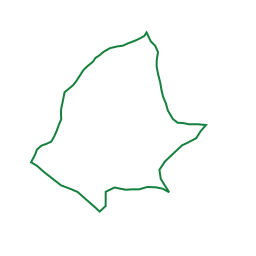 Knodara, Cyprus, rotated 218°
{"feature_id": "46923920B61069170158691", "entity_name": "Knodara", "entity_type": "district", "adm_level": 2, "iso_a3": "CYP", "parent_name": "Cyprus", "parent_adm1": "", "projection": "albers", "projection_center": [33.657, 35.266], "detail": "fine", "context": "isolated", "style": "outline", "palette": "green", "viewbox_px": 256, "rotation_deg": 218, "n_neighbors": 0, "source": "geoboundaries", "source_scale": "gbopen_adm2", "svg_char_len": 1060}
<svg xmlns="http://www.w3.org/2000/svg" viewBox="0 0 256 256"><g transform="rotate(218 128 128)"><path d="M183.3,41.3L176.5,42.2L167.8,41.6L160.4,41.6L153.5,41.6L145.5,41.6L135.5,44.7L128.1,46.6L117.5,45.9L106.3,45.3L98.9,44.7L97.6,52.8L106.3,64.0L102.0,72.8L92.0,77.8L86.4,82.7L81.5,86.5L76.5,93.4L69.7,98.3L63.4,101.5L56.0,102.7L70.8,108.0L77.5,114.4L78.3,124.4L76.3,137.6L74.7,147.6L71.6,153.9L68.0,161.9L68.8,170.3L68.4,178.3L71.9,176.1L75.9,173.5L81.9,168.7L87.5,165.9L92.2,162.7L98.2,162.7L107.3,166.3L113.3,170.7L119.7,174.3L125.2,178.7L130.4,183.5L137.6,189.1L143.5,194.3L147.1,199.1L151.1,206.3L157.1,209.5L163.4,210.3L172.2,214.7L171.8,210.7L173.4,206.7L175.8,201.9L180.1,194.7L182.9,189.5L186.5,185.9L191.3,179.9L194.1,173.1L195.2,167.9L196.8,163.1L196.4,158.7L198.0,151.9L198.8,146.4L198.4,142.0L197.6,132.8L197.6,128.0L200.0,117.2L197.6,112.4L194.8,106.8L192.5,102.0L189.3,97.6L186.1,94.0L184.1,86.8L182.5,82.1L180.9,75.7L180.1,70.1L182.5,65.3L185.3,60.9L186.5,54.9L184.9,50.1L183.3,41.3Z" fill="none" stroke="#15803d" stroke-width="2"/></g></svg>